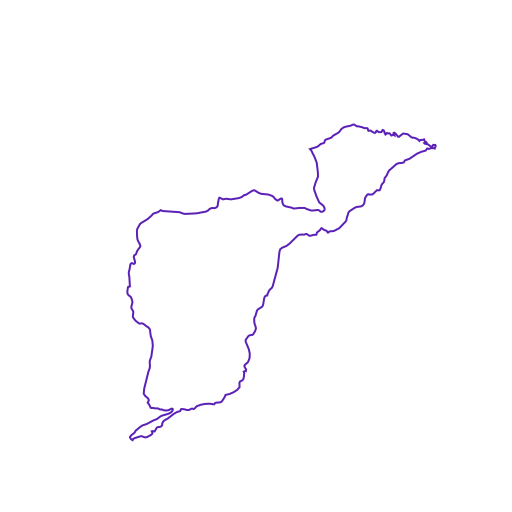 map outline of Barinas (Robinson projection), rotated 323°
{"feature_id": "VEN-26", "entity_name": "Barinas", "entity_type": "State", "adm_level": 1, "iso_a3": "VEN", "parent_name": "Venezuela", "parent_adm1": "", "projection": "robinson", "projection_center": [-69.659, 8.155], "detail": "fine", "context": "isolated", "style": "outline", "palette": "violet", "viewbox_px": 512, "rotation_deg": 323, "n_neighbors": 0, "source": "natural_earth", "source_scale": "10m", "svg_char_len": 6092}
<svg xmlns="http://www.w3.org/2000/svg" viewBox="0 0 512 512"><g transform="rotate(323 256 256)"><path d="M415.6,213.8L418.6,217.5L419.5,219.1L421.6,220.7L421.9,221.4L421.3,222.8L421.1,223.7L421.5,224.0L422.6,224.4L423.0,224.7L423.4,226.2L423.9,227.4L424.5,228.6L425.2,229.3L425.9,229.4L427.2,228.6L427.8,228.6L428.1,229.0L428.5,230.9L430.5,232.4L431.2,232.4L432.6,231.6L433.1,231.6L433.6,232.7L433.3,233.9L432.7,235.3L432.5,236.9L433.1,236.9L433.7,236.3L434.0,236.3L434.3,236.7L434.8,236.9L434.7,237.2L435.4,237.8L436.5,238.4L436.6,239.1L436.5,241.0L436.8,241.4L438.3,241.6L438.7,242.0L439.1,242.9L439.7,241.4L439.8,240.6L440.5,240.6L440.9,241.4L441.1,242.4L441.3,246.4L441.7,246.8L446.8,246.7L447.5,247.0L450.4,250.0L451.6,254.7L452.1,255.7L453.2,256.4L454.5,258.2L455.5,260.4L455.8,262.5L457.0,262.2L459.1,263.6L460.4,264.0L460.0,265.0L459.9,265.8L460.0,266.5L460.4,267.1L460.4,267.8L458.3,267.1L458.4,267.9L460.4,270.1L461.5,273.6L462.5,274.8L464.4,273.9L466.0,275.2L465.8,276.2L463.4,277.7L463.2,277.2L461.0,275.4L458.8,274.6L458.4,274.4L457.8,273.4L457.4,273.2L455.1,273.9L453.2,273.3L451.2,272.4L446.3,271.2L437.0,270.7L432.5,269.3L430.3,270.2L428.2,269.3L425.9,267.8L423.6,267.1L413.9,267.8L412.1,268.5L408.6,270.4L405.6,271.2L403.8,273.0L402.6,273.9L399.3,274.6L396.4,276.8L394.3,277.9L393.3,277.3L392.4,276.3L390.4,276.4L388.0,276.8L386.0,276.9L383.3,275.0L382.8,274.1L381.7,274.0L379.7,274.6L377.9,275.4L374.4,278.9L372.1,279.9L369.7,279.6L365.9,277.4L363.7,276.9L357.7,276.5L356.1,276.9L351.2,280.4L349.8,281.8L348.4,282.4L339.3,283.9L333.2,282.9L329.5,280.6L329.1,280.6L327.9,280.8L327.5,280.6L327.4,280.2L327.6,278.8L327.5,278.4L326.3,276.4L325.7,275.3L325.5,274.2L325.1,273.2L324.1,273.2L322.6,273.9L318.9,273.9L318.5,274.1L317.5,275.1L316.9,275.3L314.9,273.9L311.3,272.4L310.7,271.8L309.8,269.1L309.2,268.5L307.3,267.9L303.9,265.3L301.6,264.8L290.1,266.3L286.3,266.3L281.7,265.1L279.4,265.2L277.3,266.7L266.2,278.5L251.0,290.3L249.3,291.0L246.8,291.2L245.5,291.6L242.2,293.4L241.2,294.3L239.9,293.6L238.5,293.8L237.1,294.7L232.8,298.8L231.5,299.8L230.2,300.2L225.4,299.8L223.9,300.2L219.5,303.5L218.2,304.0L216.8,305.0L215.2,307.2L213.8,309.9L213.3,311.9L212.3,313.9L210.0,315.5L207.5,316.5L205.9,316.9L205.2,316.6L203.6,315.7L202.6,315.4L201.6,315.4L197.2,316.8L196.2,318.2L194.1,326.3L192.2,330.3L189.5,333.6L186.0,335.8L184.0,336.1L182.0,336.1L180.6,336.7L180.0,338.4L179.8,340.7L178.6,341.8L178.5,341.6L177.9,341.3L176.6,341.0L176.0,342.6L173.6,345.2L172.1,346.5L170.3,347.1L167.9,346.6L166.6,347.1L164.0,350.8L160.5,351.6L156.0,351.3L151.6,350.2L148.0,348.6L146.6,349.6L142.1,351.3L140.4,351.6L138.5,350.9L136.7,349.6L135.0,348.8L133.3,349.3L130.0,346.0L126.2,343.4L122.2,341.5L118.2,340.3L115.6,340.8L114.1,340.7L113.1,339.4L112.1,339.0L109.8,338.7L108.2,337.5L106.2,334.9L104.1,333.2L102.2,334.2L98.6,333.0L95.2,332.6L87.9,332.7L84.1,332.2L82.4,332.3L80.2,333.4L79.4,334.5L78.8,334.8L77.7,335.0L76.5,334.7L74.6,333.6L73.6,333.4L72.6,333.7L70.5,334.7L69.3,335.0L68.0,333.6L67.3,333.3L67.0,334.6L66.1,335.6L64.1,335.7L60.0,335.0L58.7,334.5L57.8,333.5L56.3,331.2L55.6,330.6L49.7,328.5L47.7,328.2L46.6,328.8L46.0,327.2L46.0,326.5L46.2,325.3L46.3,324.8L46.9,324.5L48.0,324.2L50.5,324.0L51.9,324.1L53.0,323.9L54.8,323.1L61.1,322.8L63.4,323.0L67.5,324.4L74.7,325.5L78.8,326.6L82.8,326.6L83.9,326.7L85.0,327.0L91.1,329.3L93.2,329.7L94.9,329.7L95.8,329.4L97.2,328.6L97.4,328.2L97.4,327.9L97.1,327.4L96.4,326.9L93.9,326.6L92.7,326.2L91.5,325.5L89.3,323.5L88.4,321.8L87.0,320.9L86.0,318.7L84.0,317.2L82.2,315.3L81.1,314.5L80.6,313.9L81.3,309.9L81.3,307.9L83.4,306.9L83.9,305.9L84.1,304.6L83.3,301.2L83.4,298.5L86.6,294.9L100.1,283.9L103.6,281.6L104.8,280.4L107.2,276.9L108.1,275.8L111.9,273.3L119.5,265.7L122.4,261.0L123.6,257.0L125.5,253.5L126.8,251.4L127.1,250.4L127.1,248.9L127.0,248.1L126.1,245.9L125.6,243.5L125.2,242.4L124.4,241.1L124.0,240.8L122.5,240.1L121.9,239.2L121.0,235.8L120.8,234.5L120.8,231.7L121.0,230.8L121.4,230.0L123.8,227.5L124.6,226.4L124.8,225.1L124.9,223.4L125.2,222.6L125.6,221.9L126.7,220.8L129.1,219.0L130.2,217.3L131.0,215.0L131.3,213.8L131.3,212.9L130.6,210.6L130.6,209.3L131.2,207.9L131.9,206.9L134.7,204.1L135.1,203.8L135.5,203.7L136.1,204.2L137.0,204.4L142.7,195.8L143.1,194.7L144.0,193.2L145.1,192.0L147.3,190.3L150.7,187.0L152.3,186.8L153.0,187.5L153.4,188.5L153.7,188.9L154.7,188.9L155.2,188.7L156.0,187.7L157.8,183.2L158.7,182.4L159.5,182.2L160.7,182.4L161.4,182.2L163.9,180.6L165.6,179.9L167.6,179.4L169.3,178.8L169.7,178.2L170.2,177.3L170.9,172.9L171.4,171.2L173.4,167.9L174.4,166.6L175.6,164.8L177.2,163.1L182.2,160.8L183.9,160.5L191.5,161.3L196.7,160.9L198.9,160.4L200.8,160.7L202.4,161.4L204.5,162.0L207.6,162.1L208.5,163.9L221.2,174.9L223.6,178.6L224.8,179.8L234.1,186.1L242.7,190.4L245.0,190.8L247.4,190.5L249.6,191.1L251.8,192.9L253.8,193.4L255.1,193.1L255.9,192.5L258.0,190.3L259.3,189.3L260.1,188.4L260.7,188.0L261.8,187.4L262.3,188.0L263.7,190.9L266.6,192.3L270.1,195.7L276.9,199.3L278.8,200.0L280.4,200.3L283.5,200.3L284.0,200.7L285.1,201.1L291.4,201.6L293.1,201.9L293.9,202.3L294.4,202.7L296.0,206.9L297.1,208.8L297.7,209.6L302.9,214.4L305.2,218.0L305.6,219.6L305.6,222.1L306.4,224.5L306.8,224.8L307.4,224.9L309.6,225.0L310.6,225.2L311.1,225.5L311.2,226.0L311.1,226.5L309.9,228.2L309.3,229.1L308.9,230.2L308.7,231.4L308.6,232.1L309.0,233.1L309.8,234.5L313.5,238.8L314.3,240.3L314.8,240.9L319.7,243.8L323.5,246.7L324.0,247.4L325.0,249.3L327.2,252.6L328.4,253.7L332.9,256.3L333.5,256.9L333.8,257.6L334.4,259.7L335.3,260.4L336.4,260.7L337.6,260.7L338.1,260.6L338.9,260.0L339.5,259.2L340.0,257.1L339.9,255.8L338.9,251.9L338.8,251.0L340.2,244.7L342.3,238.2L343.2,236.6L348.1,233.0L353.3,229.9L355.7,226.5L360.6,218.1L361.8,214.1L362.7,210.5L362.9,208.5L363.4,206.6L363.6,204.6L363.5,203.1L370.4,205.6L371.8,205.7L375.2,205.5L378.1,206.6L379.0,206.4L380.8,205.1L381.6,205.1L382.8,205.3L385.2,206.2L387.5,206.8L389.5,206.4L390.7,206.4L396.0,207.1L397.2,207.0L400.5,206.0L403.1,206.0L404.9,206.5L410.1,208.9L412.1,209.3L413.0,209.7L413.6,210.2L414.2,212.2L414.8,213.4L415.6,213.8Z" fill="none" stroke="#5b21b6" stroke-width="2"/></g></svg>